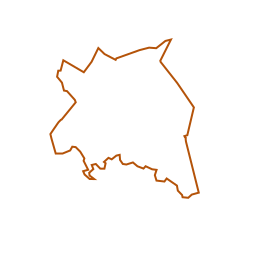 outline of Kanawha, West Virginia, United States of America, rotated 335°
{"feature_id": "52423323B76840765500257", "entity_name": "Kanawha", "entity_type": "district", "adm_level": 2, "iso_a3": "USA", "parent_name": "United States of America", "parent_adm1": "West Virginia", "projection": "mercator", "projection_center": [-81.6, 38.297], "detail": "fine", "context": "isolated", "style": "outline", "palette": "amber", "viewbox_px": 256, "rotation_deg": 335, "n_neighbors": 0, "source": "geoboundaries", "source_scale": "gbopen_adm2", "svg_char_len": 1143}
<svg xmlns="http://www.w3.org/2000/svg" viewBox="0 0 256 256"><g transform="rotate(335 128 128)"><path d="M196.4,137.2L194.2,123.7L191.6,107.9L185.5,82.0L185.7,80.7L204.3,66.0L198.7,64.9L187.3,67.6L181.1,64.1L171.4,62.3L146.9,60.0L145.6,61.0L142.6,57.1L138.0,51.1L134.9,43.0L123.0,52.6L111.5,58.8L98.0,39.3L91.2,47.5L89.0,46.6L85.4,51.6L87.3,59.0L85.8,67.0L88.3,68.8L91.7,80.1L91.5,82.6L71.4,92.3L70.7,92.2L67.5,93.4L65.4,94.6L59.1,98.3L55.1,100.7L54.2,105.1L51.7,120.6L58.0,123.5L66.1,123.9L69.6,121.4L72.5,123.2L74.7,129.2L75.6,137.1L73.9,139.0L74.2,149.0L69.1,148.2L69.0,151.8L71.7,158.0L75.8,160.0L73.1,154.8L73.9,152.2L79.2,150.6L79.5,146.2L83.6,147.0L85.7,153.1L89.4,154.9L92.8,150.5L91.9,148.6L97.7,146.8L100.0,149.5L105.8,148.1L109.1,148.8L107.3,153.6L108.1,158.4L111.1,160.4L117.9,161.3L120.4,166.7L124.9,171.3L127.8,170.1L132.4,175.6L136.2,178.0L132.4,182.1L131.6,187.7L138.4,191.9L141.7,190.1L148.0,200.9L146.7,205.8L148.7,211.6L148.2,213.8L153.1,216.7L157.7,215.3L164.8,216.5L174.8,164.8L175.5,162.6L176.2,161.3L175.7,160.6L175.7,159.2L178.7,159.6L196.3,137.3L196.4,137.2Z" fill="none" stroke="#b45309" stroke-width="2"/></g></svg>